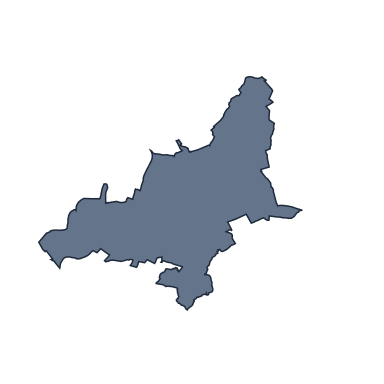 Hereclean, Salaj, Romania (Natural Earth projection), rotated 212°
{"feature_id": "2599482B77807603099760", "entity_name": "Hereclean", "entity_type": "district", "adm_level": 2, "iso_a3": "ROU", "parent_name": "Romania", "parent_adm1": "Salaj", "projection": "natural_earth1", "projection_center": [22.997, 47.257], "detail": "fine", "context": "isolated", "style": "filled", "palette": "slate", "viewbox_px": 384, "rotation_deg": 212, "n_neighbors": 0, "source": "geoboundaries", "source_scale": "gbopen_adm2", "svg_char_len": 6039}
<svg xmlns="http://www.w3.org/2000/svg" viewBox="0 0 384 384"><g transform="rotate(212 192 192)"><path d="M193.8,326.7L194.0,325.9L194.4,325.2L196.2,323.3L199.1,321.9L200.9,321.7L204.0,320.5L205.9,319.0L206.8,317.4L206.7,316.2L206.2,315.1L205.3,311.8L205.2,310.8L206.0,308.5L205.9,306.2L206.7,303.9L206.0,303.4L203.0,302.2L203.3,300.4L203.0,299.0L203.2,298.5L205.0,297.7L206.0,295.8L206.1,295.2L206.6,294.7L207.5,293.0L208.1,291.6L207.4,289.9L207.4,288.5L207.8,287.2L207.3,286.6L207.4,286.0L205.4,284.3L205.5,282.5L206.2,280.6L206.3,278.6L206.2,276.4L205.9,274.1L205.6,274.1L205.2,271.2L205.7,269.6L205.6,269.3L205.8,267.6L208.4,259.0L207.3,258.7L208.6,254.6L206.8,254.2L206.2,253.7L205.4,252.9L205.0,251.6L202.3,250.8L201.9,248.1L201.8,245.1L202.1,244.8L202.0,242.9L202.0,242.0L201.5,240.8L202.1,241.0L202.9,240.2L209.2,231.2L211.7,228.3L213.8,226.1L213.9,225.5L214.7,225.1L214.9,225.2L214.9,224.8L215.2,224.6L215.5,224.5L217.8,226.1L218.3,226.8L219.1,226.9L221.8,226.7L223.7,225.8L226.8,225.3L226.9,225.5L226.3,227.3L230.9,229.2L231.3,228.4L232.5,227.1L229.4,225.4L224.3,222.1L222.2,221.9L223.1,220.1L224.0,219.2L225.0,217.5L225.7,217.3L226.0,216.3L226.4,216.2L226.5,214.7L226.0,212.7L227.4,212.8L230.1,211.3L233.2,210.2L235.8,208.2L240.5,206.5L243.6,204.7L245.6,204.4L248.1,205.3L249.1,205.3L247.5,204.4L245.7,202.9L245.2,202.3L243.7,199.5L243.1,197.5L242.3,189.3L242.3,187.8L241.4,180.3L240.8,178.2L239.4,175.8L238.4,170.9L237.4,168.3L236.8,165.6L239.6,165.4L240.3,164.7L241.4,164.6L241.3,164.1L241.4,163.4L240.4,161.2L239.5,158.1L239.6,157.9L239.0,156.1L239.1,155.8L238.3,154.5L243.4,153.2L243.4,152.0L243.6,151.4L242.8,148.9L244.7,146.8L246.3,145.6L248.0,144.8L251.1,144.0L253.2,142.0L255.0,140.7L255.2,140.2L258.2,137.8L258.2,138.1L258.6,137.8L259.3,136.8L264.3,144.7L265.0,146.7L265.8,151.0L267.9,153.1L268.3,153.3L269.5,153.2L270.9,152.1L270.0,147.5L268.1,142.1L267.9,142.0L267.7,141.7L266.6,137.3L267.1,137.2L273.7,133.0L280.2,129.3L281.4,127.4L282.8,123.6L282.9,122.1L282.7,119.2L282.2,117.9L280.7,115.1L281.3,115.4L282.0,115.0L282.8,114.3L283.4,112.5L283.9,112.1L284.5,110.1L284.2,108.0L284.3,107.0L283.7,105.9L282.8,103.3L281.2,100.7L280.6,99.4L280.3,98.1L279.0,95.8L278.8,95.2L278.9,94.3L279.2,93.5L280.2,92.3L280.9,91.6L282.4,90.7L283.0,89.8L284.4,89.3L289.2,86.3L290.3,85.1L291.1,84.6L291.7,82.5L292.8,80.8L293.6,80.1L295.3,68.2L288.1,64.2L285.0,63.6L284.4,64.9L274.6,61.3L275.8,60.0L273.2,60.0L271.9,60.4L271.3,59.8L263.8,57.3L265.4,61.1L265.7,62.2L265.8,66.2L265.6,67.8L265.1,69.0L263.9,70.4L261.4,72.1L259.3,72.7L256.4,74.1L254.3,74.2L251.9,75.8L248.7,79.8L246.8,82.9L245.8,86.1L245.6,87.6L245.0,89.8L240.4,90.2L239.6,94.0L239.6,95.5L230.3,94.9L228.7,95.0L228.8,92.3L229.8,87.4L228.2,87.1L225.5,89.8L225.2,90.6L224.4,91.4L222.6,92.5L215.3,95.6L210.6,100.6L209.4,100.8L208.6,102.3L206.1,103.0L205.4,101.1L205.3,100.4L205.4,96.9L199.2,98.7L199.1,99.5L199.4,101.6L200.3,104.8L194.7,106.9L194.2,110.8L185.8,111.6L186.0,114.1L186.4,115.5L186.5,116.6L186.5,118.0L186.2,118.4L185.3,118.7L184.7,119.5L183.2,120.4L183.1,120.8L181.2,117.9L181.0,117.1L181.1,116.0L180.2,116.4L180.3,118.4L174.8,119.7L172.5,120.8L169.8,121.0L167.8,121.5L160.6,123.5L160.4,122.0L161.0,117.4L162.1,117.9L162.7,117.8L162.6,118.5L164.2,119.6L164.7,119.4L164.7,119.2L165.2,119.4L165.9,119.2L166.1,118.5L165.9,117.7L166.4,117.4L167.3,117.3L167.9,116.4L168.2,115.3L173.2,113.2L173.4,112.5L173.0,110.1L173.1,109.7L173.3,109.2L173.9,108.8L174.6,107.1L175.1,106.7L175.1,105.8L175.3,105.2L174.4,102.1L173.0,101.6L173.3,98.4L173.9,96.8L174.1,95.6L173.7,95.4L167.7,97.9L166.5,98.2L164.2,97.9L162.9,99.1L158.7,101.2L154.1,102.6L153.1,102.5L152.8,101.1L152.1,100.8L150.9,98.8L150.2,98.5L149.1,97.3L147.9,96.4L147.6,95.6L147.7,94.6L147.5,94.3L147.8,93.8L148.1,92.4L147.4,91.4L145.6,91.1L144.6,90.5L144.1,90.9L142.8,90.9L141.1,90.4L139.9,90.9L138.1,91.0L137.0,90.7L134.9,89.5L133.5,89.5L133.5,91.2L131.9,95.4L131.7,96.5L131.9,97.9L132.3,99.1L132.1,100.4L132.7,101.1L133.4,101.4L133.4,101.7L132.8,102.3L132.1,103.7L132.1,105.1L131.8,105.2L131.4,106.1L131.0,106.1L130.3,106.9L128.7,109.0L128.7,109.3L129.0,109.6L127.9,111.4L126.1,112.3L126.0,112.7L126.2,113.6L125.2,112.6L124.7,112.5L123.7,113.5L123.8,114.0L124.4,114.9L124.2,115.5L123.8,115.7L122.0,118.3L122.3,119.7L123.2,121.1L124.2,121.9L124.7,122.6L125.5,123.0L127.0,125.6L127.9,126.5L128.9,127.2L130.5,129.1L132.7,130.4L134.6,130.2L137.4,128.8L137.6,129.2L136.8,130.8L137.3,132.3L137.6,134.7L138.1,135.1L138.9,135.5L139.5,136.2L138.7,139.2L139.9,142.7L139.6,145.3L140.0,147.5L138.6,150.2L138.6,151.5L138.8,152.6L137.7,153.6L138.2,154.4L139.2,154.9L139.2,155.1L138.5,155.9L138.5,156.3L139.3,156.5L138.3,157.9L136.0,157.2L134.6,157.7L132.2,161.5L130.9,165.5L130.6,167.4L128.8,169.7L127.9,171.3L132.3,173.4L133.8,174.6L134.5,176.2L135.3,177.0L136.4,177.4L138.0,177.3L142.0,176.4L139.9,180.2L138.9,180.4L138.3,180.2L138.1,180.8L145.9,185.5L140.8,191.8L134.2,201.9L125.3,197.0L124.8,197.5L123.4,199.4L122.4,201.3L121.9,201.7L119.8,204.8L119.3,205.8L117.6,208.0L114.1,207.8L112.9,208.1L111.8,208.9L113.7,212.5L112.6,213.2L107.0,215.7L105.0,216.9L102.7,217.9L102.2,217.8L101.1,218.6L99.8,219.0L99.2,219.6L96.1,220.9L93.7,222.5L92.3,225.6L92.4,226.7L92.1,228.1L92.2,229.1L91.8,230.5L91.1,231.2L91.2,232.3L91.0,232.8L90.2,233.8L88.7,235.0L94.6,233.4L99.0,232.4L103.0,231.0L107.8,228.8L110.5,227.1L112.0,225.6L115.4,228.1L122.1,234.5L122.8,234.9L124.2,237.0L126.2,238.2L127.6,238.2L127.7,238.6L128.8,239.6L130.0,241.2L134.5,243.1L136.9,243.3L144.4,245.9L144.5,246.0L143.9,246.4L145.6,247.5L139.8,254.1L145.1,259.5L147.1,262.0L148.0,263.5L149.7,264.1L151.4,266.1L148.6,270.1L149.3,270.7L150.1,274.0L150.3,274.5L151.4,275.6L151.8,277.1L154.1,279.5L154.6,282.3L154.5,283.7L155.6,287.1L155.9,288.9L157.4,290.5L157.9,291.8L158.5,293.8L164.9,294.1L166.7,296.8L169.3,302.0L169.6,302.2L172.4,303.0L174.6,303.9L172.5,307.6L170.9,311.0L172.2,311.5L176.0,311.7L177.2,320.5L178.9,321.5L189.5,324.5L188.7,325.2L188.3,325.7L188.4,326.1L189.5,326.3L190.9,326.1L193.8,326.7Z" fill="#64748b" stroke="#1e293b" stroke-width="1.5"/></g></svg>